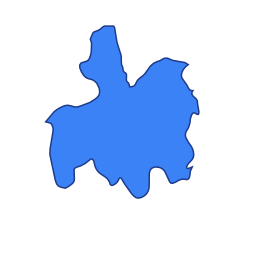 an SVG outline of Lào Cai, rotated 30°
{"feature_id": "VNM-5483", "entity_name": "Lào Cai", "entity_type": "Province", "adm_level": 1, "iso_a3": "VNM", "parent_name": "Vietnam", "parent_adm1": "", "projection": "mercator", "projection_center": [104.093, 22.267], "detail": "fine", "context": "isolated", "style": "filled", "palette": "blue", "viewbox_px": 256, "rotation_deg": 30, "n_neighbors": 0, "source": "natural_earth", "source_scale": "10m", "svg_char_len": 2443}
<svg xmlns="http://www.w3.org/2000/svg" viewBox="0 0 256 256"><g transform="rotate(30 128 128)"><path d="M162.4,64.1L164.6,63.8L165.5,63.2L165.4,64.1L165.9,66.0L166.6,66.9L168.2,67.8L172.5,68.7L174.0,69.5L175.0,70.6L175.9,72.0L181.1,78.3L182.0,80.0L182.1,80.9L181.5,81.5L180.5,81.6L177.9,81.7L176.8,82.5L176.5,84.4L177.3,88.6L179.1,92.6L179.8,95.5L180.2,97.7L180.1,102.2L180.9,105.0L182.5,107.1L187.3,110.1L192.1,112.3L194.2,113.7L196.2,115.5L198.3,118.3L199.3,120.9L199.3,123.4L198.2,128.2L197.9,130.2L198.2,132.3L198.9,133.2L199.7,133.4L200.7,132.7L203.1,129.6L203.6,134.2L205.5,138.8L205.9,141.0L205.5,142.6L204.3,143.5L202.4,144.1L200.3,145.4L198.3,147.6L196.0,151.5L194.2,153.6L192.7,154.3L190.9,153.7L181.3,147.0L178.3,146.2L175.2,146.3L170.7,148.3L168.7,151.0L168.2,153.7L169.2,156.8L175.2,167.4L176.6,170.5L177.0,173.3L176.9,175.9L175.9,178.9L174.4,181.3L172.4,183.3L170.0,184.3L167.3,184.1L163.9,183.1L152.2,177.7L148.6,175.6L147.2,174.9L145.9,175.3L145.6,176.4L145.8,178.2L145.7,180.3L145.0,182.7L143.4,185.3L142.2,186.0L140.9,185.8L139.5,184.5L137.7,183.3L135.6,182.3L133.0,181.8L127.1,181.4L124.2,180.8L121.7,179.8L119.1,178.1L115.2,174.1L113.6,173.0L112.1,172.8L111.2,173.7L108.7,180.0L105.8,184.7L103.3,187.4L102.3,188.9L101.9,190.0L102.2,191.1L106.8,198.5L107.7,200.5L107.9,202.4L107.4,204.5L105.6,208.6L103.8,211.5L99.7,212.7L97.2,213.1L94.1,212.1L91.1,209.5L73.6,190.0L70.9,184.9L64.7,168.3L62.9,165.2L60.5,163.3L58.7,162.5L53.6,163.8L55.9,150.8L56.9,148.4L58.1,145.9L61.1,141.4L62.8,139.6L64.9,138.2L72.0,136.1L74.0,134.7L75.7,132.9L82.2,125.0L85.3,119.0L86.2,116.2L86.4,113.5L85.3,110.7L83.2,108.0L78.7,104.9L75.5,104.0L72.5,104.1L70.1,104.8L67.8,105.3L65.4,105.2L62.7,104.3L59.8,102.8L56.2,100.0L54.7,97.6L54.8,95.3L56.3,93.5L57.9,91.8L59.4,90.0L59.8,87.5L59.3,84.1L58.2,80.6L53.9,72.5L50.9,69.9L50.1,63.4L50.5,61.9L53.5,58.2L54.7,55.8L55.5,53.5L56.5,51.6L58.5,50.4L64.6,46.9L66.2,47.8L75.8,59.5L85.3,68.2L86.9,70.1L87.5,71.4L90.4,75.9L91.3,76.9L92.4,77.4L95.6,81.1L96.4,81.4L98.7,81.7L99.5,82.0L100.7,83.7L102.7,87.5L103.9,88.3L106.0,88.8L107.5,90.1L108.7,91.5L110.7,90.3L112.3,88.5L112.6,86.5L112.4,84.3L112.4,81.9L113.0,79.6L114.9,75.0L115.5,72.7L116.4,63.4L117.8,59.1L120.7,55.1L122.0,53.8L123.7,50.7L124.7,49.4L126.7,48.0L128.4,47.6L132.5,47.2L144.5,42.9L148.4,43.0L147.3,46.0L146.7,49.3L146.8,52.6L147.8,55.6L149.6,57.7L157.4,61.3L160.3,63.2L162.4,64.1Z" fill="#3b82f6" stroke="#1e3a8a" stroke-width="1.5"/></g></svg>